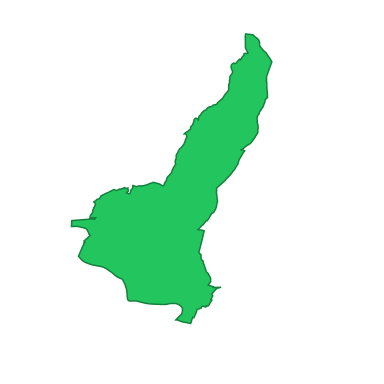 Sarasau, Maramures, Romania, rotated 153°
{"feature_id": "2599482B95586202279126", "entity_name": "Sarasau", "entity_type": "district", "adm_level": 2, "iso_a3": "ROU", "parent_name": "Romania", "parent_adm1": "Maramures", "projection": "robinson", "projection_center": [23.792, 47.947], "detail": "fine", "context": "isolated", "style": "filled", "palette": "green", "viewbox_px": 384, "rotation_deg": 153, "n_neighbors": 0, "source": "geoboundaries", "source_scale": "gbopen_adm2", "svg_char_len": 6002}
<svg xmlns="http://www.w3.org/2000/svg" viewBox="0 0 384 384"><g transform="rotate(153 192 192)"><path d="M72.5,308.5L73.8,306.6L78.9,296.3L79.1,292.3L79.1,290.3L79.7,290.4L80.9,290.8L82.1,291.6L82.5,291.7L83.0,291.5L83.3,290.8L83.6,290.4L85.7,289.6L86.5,289.2L87.1,288.5L88.1,288.4L88.3,287.9L88.6,287.7L88.8,287.7L89.0,287.9L89.2,288.2L89.3,288.6L89.5,288.8L92.8,287.5L93.8,286.9L94.6,286.8L95.2,286.8L95.8,287.4L96.1,287.9L97.7,287.9L98.4,287.7L99.2,287.3L99.4,287.1L100.2,286.2L100.5,285.4L101.0,283.5L101.0,282.2L101.1,281.1L101.3,280.6L102.9,279.0L104.0,278.6L105.2,278.1L105.6,277.8L106.0,277.3L106.4,276.7L106.9,275.6L107.1,275.3L108.0,274.4L108.2,274.0L108.3,273.5L108.6,272.8L110.1,271.4L111.6,269.1L112.5,266.9L113.7,265.9L114.8,265.3L116.2,264.8L117.5,264.3L117.7,264.1L119.1,263.5L122.6,261.2L122.7,261.4L123.8,261.1L128.1,260.1L128.8,259.9L129.6,259.2L130.5,259.1L131.5,259.2L133.1,259.7L133.8,259.7L135.8,259.3L136.4,259.4L137.6,259.9L139.0,260.0L139.9,259.9L140.8,259.6L142.1,258.8L142.7,258.7L143.5,259.0L143.9,259.1L145.0,258.7L146.5,258.4L147.3,258.1L148.6,257.2L149.8,256.7L151.1,256.4L152.2,255.4L152.8,254.5L153.8,253.4L153.9,254.2L154.5,255.6L155.1,256.1L155.9,256.1L156.7,255.8L157.7,255.1L158.2,254.3L160.8,251.7L161.3,251.4L162.3,251.2L163.2,250.8L163.7,250.4L164.8,248.8L165.4,248.6L167.2,248.3L168.0,247.7L168.9,247.9L169.7,247.9L171.2,247.7L172.4,247.4L172.6,247.2L171.6,247.0L171.2,246.5L171.0,245.8L171.4,244.1L171.9,242.8L172.8,242.5L173.5,242.0L176.5,239.1L178.1,238.0L181.0,236.7L183.4,236.0L185.6,234.7L186.9,233.6L188.7,232.5L189.7,231.5L190.4,229.8L191.2,228.8L192.3,227.9L193.0,227.0L193.7,225.5L194.1,224.0L194.6,223.6L197.5,222.2L198.1,221.7L198.4,221.3L200.0,220.2L200.6,219.3L201.1,218.8L202.0,218.3L202.9,217.9L203.8,217.7L204.2,217.5L204.7,217.1L206.0,216.9L206.7,216.6L207.5,216.1L208.3,215.5L209.9,213.7L211.8,212.8L212.4,212.4L214.0,210.7L214.6,210.6L215.3,210.9L215.9,211.4L216.3,212.1L216.4,212.6L216.7,213.1L217.6,214.2L218.6,215.0L219.1,215.6L220.2,216.6L222.0,218.1L222.8,218.3L223.8,218.3L226.1,218.8L228.5,218.7L229.2,219.0L230.1,219.1L233.7,220.0L233.9,220.2L234.1,220.5L234.5,220.5L236.3,221.4L237.4,221.8L238.2,221.8L239.5,222.2L240.2,223.2L240.9,223.7L241.0,224.0L241.8,224.6L242.0,224.2L242.2,223.8L242.3,223.4L242.7,223.1L243.3,222.2L245.4,221.5L248.1,218.7L248.6,219.0L249.2,219.1L249.6,219.7L250.6,220.7L250.7,221.1L250.6,221.3L250.1,221.4L249.0,221.5L248.3,221.8L247.9,222.6L247.8,223.7L247.3,224.6L249.8,225.3L250.0,226.5L250.3,226.7L252.9,226.5L253.3,227.0L254.3,226.7L255.0,227.4L255.8,227.6L256.8,227.5L257.7,227.5L258.7,227.7L259.3,228.1L260.0,229.3L260.7,229.7L263.7,229.6L264.6,229.7L265.9,229.6L268.1,229.8L274.6,229.9L277.5,228.1L278.9,228.3L279.4,228.6L281.1,228.3L281.4,227.9L283.3,227.9L284.0,227.8L284.1,227.7L283.5,226.4L283.3,225.6L283.2,225.3L283.4,225.0L285.5,223.3L286.7,222.5L287.4,221.7L288.3,221.1L288.7,220.7L289.2,219.8L290.4,218.5L291.8,217.8L292.4,217.7L293.1,217.2L294.8,215.2L289.5,212.8L291.2,211.8L292.2,212.7L293.5,213.5L294.3,213.8L312.1,221.1L315.1,216.0L314.7,215.8L312.9,214.9L311.8,214.5L310.0,213.5L307.1,211.4L306.6,210.7L305.9,210.3L305.4,209.8L304.7,209.1L304.2,208.7L303.1,207.5L302.7,205.7L302.6,204.1L302.9,201.2L302.3,199.6L308.6,197.8L310.5,197.4L310.3,196.1L310.2,195.8L310.9,195.8L311.5,195.7L311.7,195.1L311.9,194.8L315.3,192.3L315.7,191.8L322.3,186.3L322.2,185.8L321.3,182.2L320.4,180.0L320.0,179.1L317.1,175.5L314.2,172.6L309.2,168.6L306.7,166.8L305.6,165.7L304.4,164.3L303.3,162.7L301.3,159.1L299.8,156.3L298.4,152.7L297.0,150.1L295.1,147.5L293.7,146.2L293.6,143.3L293.6,140.3L294.6,134.5L296.1,130.7L297.3,128.0L298.2,125.2L297.4,123.4L291.4,120.4L284.0,114.0L279.5,110.9L269.8,105.4L267.8,104.4L265.8,103.5L264.7,103.2L262.5,102.7L259.5,101.3L257.5,100.3L255.9,98.9L254.8,97.4L253.9,95.8L253.4,94.3L253.4,92.8L253.8,91.7L254.6,90.3L256.6,87.8L261.0,86.6L264.5,85.4L262.9,84.4L261.6,82.8L259.4,80.5L257.0,78.7L253.2,75.8L252.8,75.5L248.4,80.0L247.5,79.1L243.8,82.0L240.5,85.2L237.0,84.3L234.9,85.7L233.5,84.6L232.0,83.3L231.4,83.9L230.6,83.4L230.1,83.9L229.0,83.2L223.4,86.7L224.0,87.5L220.7,90.1L220.9,92.0L214.9,94.5L213.5,94.8L211.4,94.4L209.3,93.9L215.5,96.8L216.4,97.4L215.9,97.9L218.1,99.9L219.8,101.7L217.6,103.0L216.4,103.2L214.6,106.5L214.6,112.1L215.4,114.2L214.2,122.1L214.3,122.9L213.8,124.4L213.5,125.9L214.2,126.7L214.3,126.9L214.3,127.2L213.7,129.6L212.5,131.9L212.4,132.3L213.0,133.4L213.1,133.9L213.2,135.2L204.7,144.8L198.8,151.9L200.7,153.7L202.5,154.7L203.7,155.8L200.5,156.8L199.1,157.4L196.7,157.9L192.9,159.8L192.6,159.8L191.9,159.5L191.4,159.7L190.0,160.3L188.8,161.0L184.4,163.8L184.0,163.9L182.5,163.9L181.8,164.1L180.9,164.6L178.6,166.2L176.4,168.4L175.6,169.9L174.5,170.9L173.5,172.0L172.4,175.2L172.3,175.9L172.1,176.4L171.7,177.1L171.4,178.0L171.0,178.6L170.9,179.4L170.7,179.9L169.9,181.4L169.1,182.5L168.4,184.3L157.5,187.1L156.4,187.7L155.5,188.1L152.3,189.2L150.7,189.6L146.9,191.3L146.5,191.7L144.0,192.6L142.4,193.8L138.2,196.2L136.4,198.3L135.1,199.5L133.7,200.5L132.3,201.2L130.7,202.4L127.8,204.1L126.4,204.6L126.9,205.5L127.1,205.8L127.7,206.3L128.3,206.7L129.3,206.9L129.3,207.1L127.3,207.4L122.3,208.4L118.5,208.7L116.4,209.3L110.7,212.3L108.3,214.0L106.7,214.6L106.5,214.9L106.2,215.7L105.1,217.3L104.9,218.1L104.0,218.9L103.6,220.0L103.5,220.7L103.0,221.3L102.8,221.8L102.6,222.1L102.5,224.4L102.0,224.7L101.8,225.1L101.2,226.6L101.1,227.3L101.0,227.6L99.8,229.0L99.3,229.8L98.1,230.6L97.3,230.8L96.9,231.1L96.1,232.1L94.8,233.0L93.6,233.7L92.8,234.0L91.3,235.0L90.3,235.4L88.1,237.5L86.7,238.5L85.9,239.8L84.7,240.9L83.7,241.5L83.1,241.6L82.1,241.7L81.8,241.8L81.4,243.0L79.9,245.8L79.6,246.8L79.2,248.0L77.5,251.8L75.2,256.7L75.3,257.2L75.2,257.7L74.8,257.9L74.6,258.1L73.1,261.1L61.7,271.8L61.9,274.0L62.0,276.3L62.5,278.8L62.8,282.5L64.1,285.5L64.7,288.7L65.4,290.8L64.6,293.4L64.2,293.9L63.8,294.8L63.8,295.9L63.6,296.3L63.6,297.3L64.1,299.1L65.6,302.2L66.2,304.3L72.5,308.5Z" fill="#22c55e" stroke="#15803d" stroke-width="1.5"/></g></svg>